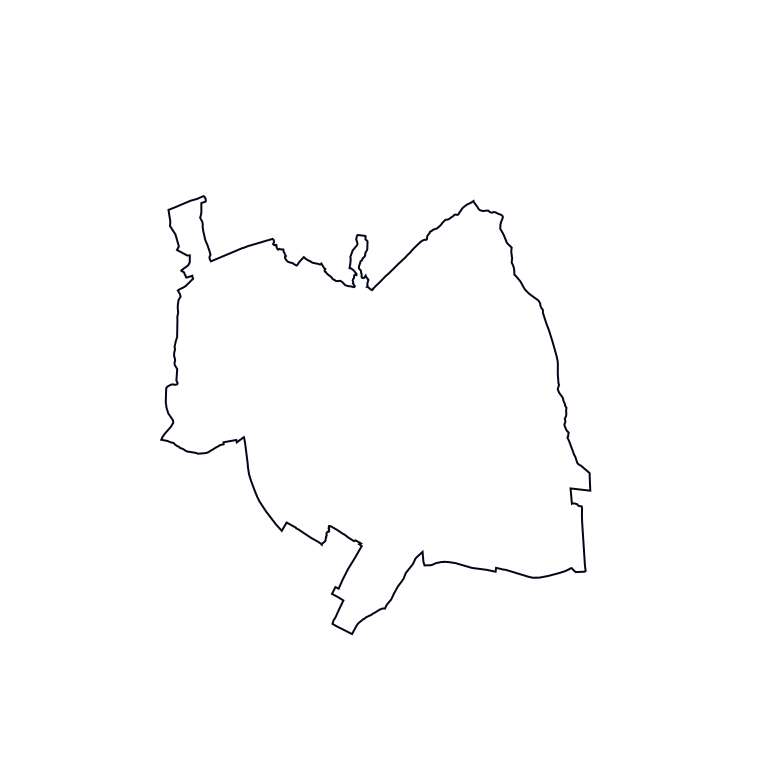 Ardeoani, Bacau, Romania (Natural Earth projection), rotated 227°
{"feature_id": "2599482B27984899635194", "entity_name": "Ardeoani", "entity_type": "district", "adm_level": 2, "iso_a3": "ROU", "parent_name": "Romania", "parent_adm1": "Bacau", "projection": "natural_earth1", "projection_center": [26.618, 46.525], "detail": "fine", "context": "isolated", "style": "outline", "palette": "ink", "viewbox_px": 768, "rotation_deg": 227, "n_neighbors": 0, "source": "geoboundaries", "source_scale": "gbopen_adm2", "svg_char_len": 6142}
<svg xmlns="http://www.w3.org/2000/svg" viewBox="0 0 768 768"><g transform="rotate(227 384 384)"><path d="M456.8,574.3L457.3,571.1L458.7,566.7L459.1,562.3L458.9,560.4L457.3,553.7L458.2,552.5L459.4,551.6L459.7,550.9L459.6,548.7L460.1,546.3L460.3,544.0L460.7,542.9L462.0,541.2L462.2,540.4L462.0,536.5L461.6,534.5L461.5,533.1L461.6,529.0L463.4,524.9L463.4,523.0L464.0,521.8L463.4,520.5L462.7,516.5L460.9,514.5L460.6,513.9L460.7,513.1L461.7,512.2L462.5,510.4L463.0,507.7L462.9,499.0L462.6,495.0L462.3,493.3L462.3,488.8L462.0,486.2L462.0,476.2L461.6,462.3L461.8,459.1L461.3,449.7L461.3,445.9L461.1,440.6L460.7,440.3L460.8,439.3L461.7,438.9L466.3,438.2L466.6,437.9L466.9,438.9L467.7,439.3L469.0,440.6L470.8,443.6L474.7,444.0L475.8,444.5L475.2,441.9L475.7,441.2L476.4,440.5L477.1,440.4L477.8,440.8L479.8,442.8L480.8,443.0L482.5,444.3L483.5,444.5L485.1,444.4L485.8,444.6L487.2,446.1L488.7,448.9L489.6,450.3L489.7,450.9L489.5,452.3L490.4,454.0L490.4,456.7L491.1,458.2L492.4,459.5L492.7,460.1L493.6,463.1L494.0,463.7L499.4,469.1L499.8,469.3L502.4,469.1L503.8,470.3L504.3,471.2L505.1,471.3L510.9,466.4L510.9,465.4L508.7,462.3L505.1,460.6L504.0,459.5L503.0,452.1L499.8,445.9L498.0,444.8L494.8,441.2L492.2,437.8L491.0,438.8L487.5,439.3L483.1,438.9L482.4,438.1L482.4,437.9L483.6,437.4L483.8,436.3L482.7,435.0L481.9,434.4L481.8,433.0L481.1,431.7L479.2,430.8L478.9,430.0L478.5,429.8L477.4,429.8L475.4,429.3L475.2,428.6L475.5,427.8L476.8,427.2L480.3,424.4L482.8,423.0L487.2,423.0L488.6,422.6L489.7,422.0L490.7,420.4L492.1,419.1L493.4,418.9L495.6,418.0L496.7,418.3L498.8,418.3L502.8,417.6L504.1,417.5L505.2,417.8L506.5,417.4L507.5,417.9L508.1,419.5L509.4,419.2L514.8,420.4L514.8,419.0L515.1,418.6L516.5,417.9L521.5,414.4L523.9,413.8L525.3,413.2L528.7,412.1L531.5,411.9L531.1,406.2L530.9,404.6L530.4,402.9L530.2,401.1L530.3,400.8L533.3,399.8L534.6,399.7L537.3,397.9L539.3,397.0L541.4,397.0L543.8,397.6L544.5,398.3L544.5,399.6L546.4,399.8L547.8,400.7L549.0,400.7L551.0,402.1L552.9,400.3L554.2,399.6L554.4,398.2L554.9,398.0L557.3,398.7L559.0,400.1L559.6,399.8L560.0,398.8L560.5,398.3L562.0,398.3L562.6,400.2L564.5,401.5L566.1,401.5L577.7,378.3L579.5,373.7L579.9,373.3L591.7,341.1L593.9,341.6L595.8,342.8L596.9,345.3L599.4,346.6L605.7,349.5L611.2,351.5L618.9,356.0L622.5,358.4L623.9,359.9L626.4,361.7L630.0,362.6L631.1,363.1L632.2,365.0L633.9,367.3L640.9,373.8L639.1,377.9L639.8,378.9L641.4,380.0L643.0,380.3L644.5,380.2L646.8,373.6L650.0,367.4L655.8,351.5L658.3,345.1L648.5,338.5L645.4,335.2L635.7,333.5L624.5,327.8L623.2,324.0L612.2,327.7L610.5,329.7L605.5,325.0L604.4,322.0L604.6,318.5L605.0,317.0L605.1,314.7L605.3,314.0L605.3,313.2L605.0,313.0L604.6,312.9L602.7,313.8L601.9,313.9L599.9,312.9L598.7,312.9L597.3,312.0L596.5,312.1L593.9,317.6L592.8,316.8L591.2,316.2L590.9,305.9L591.3,303.5L592.6,299.3L593.0,297.0L588.9,296.1L586.5,294.7L585.7,291.3L583.0,287.8L580.1,284.8L576.8,282.4L573.9,278.5L571.3,276.2L559.4,264.7L557.2,260.8L554.2,256.4L551.8,254.7L549.8,251.7L547.9,249.8L543.9,247.6L542.3,245.1L540.5,243.9L535.9,242.9L528.2,234.6L525.3,233.6L524.8,232.5L525.9,230.6L528.0,229.1L528.8,227.7L529.8,224.0L529.5,221.9L525.3,217.7L519.3,211.8L515.0,208.8L509.7,206.2L501.4,204.9L499.3,203.4L498.0,198.8L497.2,190.1L496.3,185.9L495.1,183.1L490.0,186.8L487.0,188.1L484.4,189.9L482.1,189.9L479.6,190.4L477.7,191.3L476.4,191.2L473.7,192.6L469.3,193.7L462.1,199.3L459.9,200.4L456.1,205.1L454.5,207.5L453.7,209.6L453.6,211.5L453.0,213.3L452.4,216.7L450.9,222.8L449.3,225.6L450.8,226.9L443.8,237.8L441.7,236.5L440.7,245.2L439.4,244.6L435.1,241.8L418.3,229.7L415.9,227.7L409.8,223.6L403.6,220.6L393.2,216.3L387.6,214.2L383.2,212.9L371.3,210.8L354.7,209.2L346.3,209.1L349.1,218.3L339.0,221.6L338.4,221.3L336.1,222.2L321.7,225.6L313.1,228.3L310.7,228.8L308.8,228.9L309.5,230.1L309.2,231.9L309.2,234.1L310.0,235.3L310.9,236.1L311.2,237.2L312.1,237.7L312.3,238.8L314.1,240.1L314.4,241.3L313.6,243.2L314.5,243.5L314.7,244.5L316.3,245.1L316.2,245.9L317.5,246.6L317.6,246.9L316.9,247.7L316.2,248.1L308.5,250.4L301.9,251.9L300.9,252.4L295.4,253.3L289.5,254.9L289.1,256.5L283.2,258.4L283.7,256.6L280.7,257.2L276.9,245.0L273.1,231.3L269.1,220.3L265.2,211.2L268.6,210.0L265.9,202.8L259.9,204.9L253.4,206.7L249.7,197.2L246.7,190.1L245.9,187.6L245.8,186.4L243.7,182.7L238.0,184.5L222.9,190.1L225.8,198.6L226.3,200.5L226.5,202.8L226.1,208.2L225.6,210.2L225.7,211.4L223.8,217.4L223.6,219.7L223.1,220.8L222.0,226.7L220.8,229.9L219.1,231.5L220.7,235.7L221.5,242.3L224.1,248.8L226.6,256.7L227.5,262.2L228.3,265.6L230.9,271.0L232.5,281.8L233.3,284.3L234.8,287.7L235.0,290.8L234.9,297.7L227.1,291.6L223.7,289.9L219.5,294.7L218.8,296.1L217.6,299.7L214.8,304.4L212.9,306.5L213.0,306.7L209.8,309.7L204.3,314.1L189.5,322.9L178.0,332.4L170.6,337.6L173.1,340.6L167.1,344.6L164.9,346.4L144.5,358.2L140.9,360.6L136.4,365.6L131.5,373.4L126.3,383.1L123.7,388.6L122.9,391.0L121.7,395.3L121.3,395.7L118.4,395.6L115.6,396.0L110.0,402.6L109.7,403.9L114.5,407.4L148.1,434.9L153.2,439.4L158.1,444.1L159.6,445.1L162.0,443.3L162.9,443.1L164.2,443.3L166.1,442.3L168.1,440.5L168.3,439.8L180.4,449.2L165.3,462.1L176.6,471.8L178.1,473.3L178.9,473.6L190.1,472.3L191.3,471.8L193.5,471.4L194.6,471.6L200.6,474.4L202.1,474.6L216.1,480.5L219.8,481.6L220.1,483.1L220.9,483.7L222.5,485.9L225.7,485.9L229.4,487.2L231.4,488.3L232.4,490.4L233.1,491.3L235.2,492.4L236.5,495.5L238.0,497.1L240.4,499.1L242.2,501.2L244.8,501.7L245.3,502.4L249.3,503.8L251.6,505.2L255.0,505.8L258.2,506.1L261.7,507.5L264.2,511.7L265.3,511.9L273.1,518.2L279.4,524.2L282.7,526.9L287.9,529.9L299.8,536.0L310.8,541.3L317.3,543.9L327.6,548.7L329.8,550.7L332.4,551.0L335.0,552.0L336.2,553.1L339.6,553.9L350.8,551.7L356.0,551.5L358.5,551.8L365.8,553.7L373.4,554.1L375.0,553.9L378.2,556.7L380.7,558.4L384.5,559.9L385.5,560.0L389.0,563.9L390.7,564.7L391.0,565.3L392.7,566.3L394.9,568.2L396.7,570.4L403.3,570.1L410.5,572.9L413.4,573.8L418.1,574.8L421.3,578.0L422.7,580.3L424.5,584.1L425.3,585.0L426.2,585.3L428.0,585.0L430.6,583.6L433.3,582.7L434.9,581.6L435.4,580.2L436.3,579.3L437.5,578.7L439.7,578.5L440.9,577.2L443.0,574.3L445.7,572.7L447.5,572.5L449.8,573.1L455.6,573.7L456.8,574.3Z" fill="none" stroke="#020617" stroke-width="2"/></g></svg>